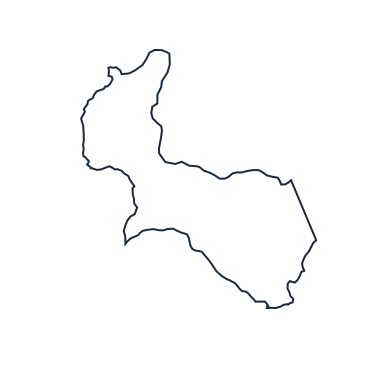 Kalo Chorio Lemesou, Limassol, Cyprus (Equal Earth projection), rotated 231°
{"feature_id": "46923920B64669824717962", "entity_name": "Kalo Chorio Lemesou", "entity_type": "district", "adm_level": 2, "iso_a3": "CYP", "parent_name": "Cyprus", "parent_adm1": "Limassol", "projection": "equal_earth", "projection_center": [33.03, 34.846], "detail": "fine", "context": "isolated", "style": "outline", "palette": "slate", "viewbox_px": 384, "rotation_deg": 231, "n_neighbors": 0, "source": "geoboundaries", "source_scale": "gbopen_adm2", "svg_char_len": 2424}
<svg xmlns="http://www.w3.org/2000/svg" viewBox="0 0 384 384"><g transform="rotate(231 192 192)"><path d="M274.2,128.3L273.1,129.4L269.0,132.0L266.6,135.9L265.6,139.3L263.9,144.1L260.6,145.5L258.1,146.1L256.7,148.4L253.1,150.5L249.0,151.0L244.5,152.6L241.4,151.6L237.9,151.2L232.7,150.9L232.4,148.2L227.0,144.3L223.8,142.9L219.3,139.8L214.6,139.7L210.8,133.6L211.7,128.7L210.3,123.2L208.1,119.5L204.7,114.4L199.6,112.3L193.6,107.6L194.3,110.7L194.6,114.7L193.5,118.8L192.3,123.3L192.9,125.6L192.9,127.1L192.8,129.3L190.7,133.5L187.4,138.7L183.0,142.3L180.3,145.5L178.8,149.4L175.4,154.2L170.3,156.5L166.5,158.5L162.5,161.5L158.2,160.6L151.7,157.2L147.8,156.4L145.1,157.3L139.5,162.0L129.1,162.2L123.0,161.9L115.5,161.1L108.2,162.2L102.8,164.0L100.0,165.6L97.2,166.7L94.1,168.1L90.5,168.1L86.8,168.1L83.8,168.4L80.6,171.2L77.2,172.0L73.3,172.0L70.0,172.4L66.6,172.4L65.0,174.8L63.1,177.0L61.0,179.7L58.5,179.9L55.3,179.3L55.7,178.4L54.7,178.5L54.5,177.5L52.4,180.2L49.1,184.3L47.2,188.7L46.6,192.4L44.8,195.5L44.0,195.9L44.0,197.9L42.9,200.8L45.2,203.4L49.2,203.0L53.6,204.9L56.7,205.4L60.5,208.7L61.2,212.1L59.0,213.3L56.9,215.0L57.1,218.0L58.0,221.2L61.1,226.8L60.1,229.6L63.7,230.7L66.9,232.3L68.7,234.9L71.1,239.8L72.4,245.7L76.2,254.3L76.3,258.1L78.2,258.7L138.8,276.4L138.8,275.3L138.7,272.8L139.4,269.0L141.6,266.1L145.4,267.1L148.9,267.8L151.0,266.1L153.5,263.8L158.1,260.5L161.5,259.7L163.9,258.9L167.3,257.4L170.9,252.8L173.4,248.4L176.1,242.6L178.9,239.4L180.9,235.3L180.8,230.0L181.6,226.2L184.9,221.9L190.8,220.1L195.9,217.9L201.0,214.7L206.9,213.5L209.1,211.8L213.9,206.6L222.1,202.9L224.2,196.8L227.1,194.3L232.0,190.1L242.6,190.7L246.8,193.9L253.8,202.2L258.6,207.3L262.5,209.5L267.9,208.4L274.0,207.8L279.1,210.1L283.2,214.8L282.6,220.7L289.4,226.4L292.9,234.1L297.1,238.4L300.3,248.1L305.2,255.1L311.5,259.8L313.6,261.4L316.3,260.6L321.6,257.5L325.9,252.3L327.1,246.6L324.0,240.1L321.8,233.3L322.4,224.2L323.8,217.6L327.9,211.5L331.6,212.7L336.6,211.6L338.4,208.6L340.4,207.2L341.1,205.2L339.2,204.2L334.7,200.2L332.3,202.2L329.5,201.2L327.5,196.1L327.2,192.7L328.6,191.1L327.7,188.4L328.4,186.1L330.2,181.3L329.2,177.1L327.3,173.8L328.0,171.5L328.2,168.5L326.1,166.1L324.4,159.9L321.8,159.3L318.9,152.1L311.9,149.1L304.7,143.9L300.0,140.2L296.9,136.8L293.9,135.1L290.9,132.0L288.5,130.2L285.5,131.0L280.6,131.2L279.2,127.8L274.7,128.8L274.2,128.3Z" fill="none" stroke="#1e293b" stroke-width="2"/></g></svg>